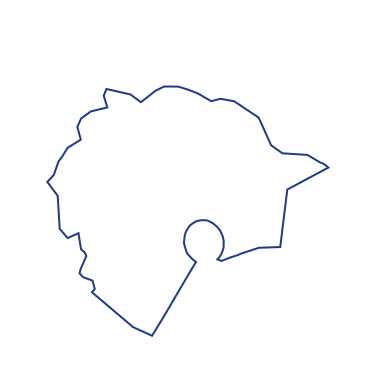 the district of Ghabou, Guidimaka, Mauritania, rotated 162°
{"feature_id": "47542326B82257373833544", "entity_name": "Ghabou", "entity_type": "district", "adm_level": 2, "iso_a3": "MRT", "parent_name": "Mauritania", "parent_adm1": "Guidimaka", "projection": "natural_earth1", "projection_center": [-12.146, 15.031], "detail": "fine", "context": "isolated", "style": "outline", "palette": "blue", "viewbox_px": 384, "rotation_deg": 162, "n_neighbors": 0, "source": "geoboundaries", "source_scale": "gbopen_adm2", "svg_char_len": 1221}
<svg xmlns="http://www.w3.org/2000/svg" viewBox="0 0 384 384"><g transform="rotate(162 192 192)"><path d="M274.4,67.6L255.2,84.1L231.3,105.4L209.8,124.3L212.2,127.7L214.5,132.5L215.7,135.5L215.7,142.1L215.3,146.5L214.1,149.0L212.4,152.8L210.1,156.0L207.3,158.6L204.4,160.8L200.5,162.1L197.2,162.9L194.2,162.6L190.9,162.1L186.2,160.2L181.7,155.7L179.4,152.0L178.0,148.8L177.2,146.7L176.5,140.6L177.0,135.1L177.6,134.1L179.1,129.4L181.4,126.2L183.5,123.8L186.3,121.4L188.7,120.1L185.2,117.3L175.6,117.9L169.7,117.8L164.3,118.2L145.7,118.3L125.1,112.4L100.6,164.9L54.8,173.1L56.6,176.1L58.7,178.7L61.3,180.8L63.3,183.1L66.0,186.2L67.9,188.4L71.0,191.7L94.1,200.9L102.3,212.0L105.6,242.1L123.9,265.3L136.2,271.9L145.6,272.4L156.0,283.9L163.6,290.2L172.5,296.5L185.8,300.9L188.9,300.5L195.4,299.6L203.2,296.7L212.8,293.2L220.3,303.7L241.5,316.4L246.2,310.8L246.3,303.7L246.4,298.6L263.3,299.9L274.6,296.3L280.9,289.4L281.6,276.2L296.7,272.4L304.9,265.5L309.5,262.3L318.2,250.9L326.5,246.3L320.9,229.8L329.2,197.9L324.5,186.6L312.7,187.9L315.2,172.1L312.8,167.7L312.3,163.7L321.5,153.4L324.1,149.6L322.0,144.7L314.0,138.5L314.4,129.9L318.1,127.5L289.8,81.7L274.4,67.6Z" fill="none" stroke="#1e3a8a" stroke-width="2"/></g></svg>